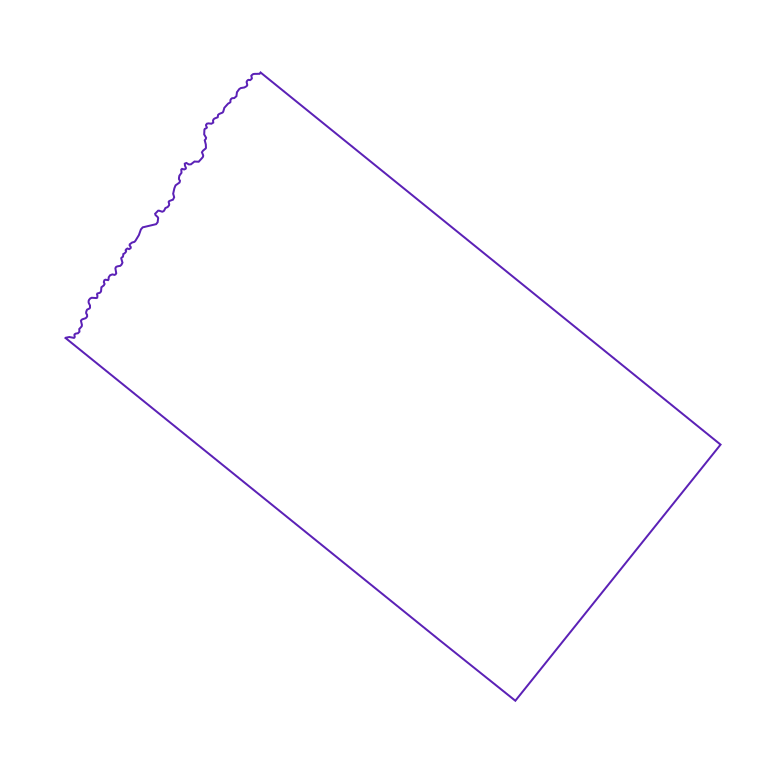 Norman, Minnesota, United States of America, rotated 39°
{"feature_id": "52423323B61487870979754", "entity_name": "Norman", "entity_type": "district", "adm_level": 2, "iso_a3": "USA", "parent_name": "United States of America", "parent_adm1": "Minnesota", "projection": "robinson", "projection_center": [-96.827, 47.325], "detail": "fine", "context": "isolated", "style": "outline", "palette": "violet", "viewbox_px": 768, "rotation_deg": 39, "n_neighbors": 0, "source": "geoboundaries", "source_scale": "gbopen_adm2", "svg_char_len": 2321}
<svg xmlns="http://www.w3.org/2000/svg" viewBox="0 0 768 768"><g transform="rotate(39 384 384)"><path d="M683.7,219.3L92.0,219.6L92.1,221.2L88.1,224.6L87.3,225.5L86.9,227.1L86.9,228.0L88.9,229.5L89.1,230.5L88.7,232.1L87.3,232.9L86.9,233.7L86.9,235.0L87.2,235.8L89.6,237.7L89.8,239.0L88.9,241.4L86.5,244.1L85.9,245.9L86.1,249.8L88.2,253.2L87.7,256.0L86.1,257.5L85.8,258.8L86.0,260.0L87.2,261.5L87.1,262.5L86.4,264.2L86.1,269.8L87.7,273.6L87.7,274.7L86.0,277.8L85.7,279.2L86.9,281.4L85.2,284.4L85.0,285.6L85.3,286.8L86.8,288.3L86.1,290.3L83.6,291.9L82.6,293.1L82.6,294.5L83.1,295.2L84.9,296.1L85.0,296.8L84.2,298.6L84.4,299.4L87.2,303.2L90.8,304.6L91.3,305.7L91.3,307.4L94.8,310.0L97.0,312.5L97.2,313.1L96.5,316.6L96.7,318.5L99.6,320.1L100.3,321.2L100.4,322.5L100.1,327.9L96.7,330.4L95.7,334.8L94.1,336.2L91.3,336.6L90.5,338.1L91.8,339.5L94.2,340.8L94.4,341.7L93.7,343.0L91.7,343.9L91.5,344.9L93.7,347.3L93.9,350.9L94.8,352.6L95.7,353.8L97.6,354.5L98.3,356.1L97.0,360.8L97.9,363.8L100.4,368.8L103.4,370.9L104.0,373.5L102.0,376.9L102.1,378.1L103.9,379.4L104.5,380.5L104.5,382.6L103.4,384.8L104.0,387.6L103.9,388.5L103.2,389.7L100.0,390.9L99.4,391.5L99.0,395.7L100.1,396.5L103.1,396.7L104.1,397.2L106.3,400.8L106.3,403.2L97.9,414.1L97.8,416.9L99.8,422.5L100.7,429.2L100.6,430.6L99.2,432.6L98.5,435.4L99.0,436.3L101.1,437.0L101.6,438.0L101.0,439.6L99.3,440.2L98.9,441.5L99.0,442.6L99.9,442.9L100.3,444.1L100.1,446.0L99.6,447.0L100.8,448.9L101.0,449.5L100.5,451.1L100.8,451.8L104.4,454.3L104.9,456.5L104.7,458.1L102.9,460.2L102.2,461.4L102.2,462.4L102.6,463.3L105.7,466.0L106.2,466.4L106.4,467.8L105.9,468.8L103.9,469.8L102.7,471.9L102.9,474.3L104.2,476.2L104.2,476.9L101.8,478.3L101.4,479.4L102.1,481.1L103.9,482.1L104.2,483.7L103.5,486.7L105.7,489.9L105.9,491.1L105.7,492.1L104.3,494.0L104.5,494.9L105.8,495.8L106.8,497.4L106.3,498.3L102.6,500.9L101.9,502.3L101.8,504.0L102.2,505.4L103.3,506.7L106.1,508.0L107.5,509.7L107.6,510.6L106.5,513.0L106.6,513.8L107.3,515.6L108.1,516.5L109.7,517.1L110.7,518.2L110.9,519.4L110.7,520.7L108.9,523.5L108.6,524.4L108.7,525.6L112.1,528.2L112.8,529.5L112.6,533.1L114.4,535.0L114.2,537.2L112.8,538.7L112.3,540.0L112.5,540.7L114.0,542.0L114.2,542.7L114.0,543.3L109.9,545.5L107.5,548.4L107.5,548.7L588.9,548.1L685.4,547.5L683.7,219.3Z" fill="none" stroke="#5b21b6" stroke-width="2"/></g></svg>